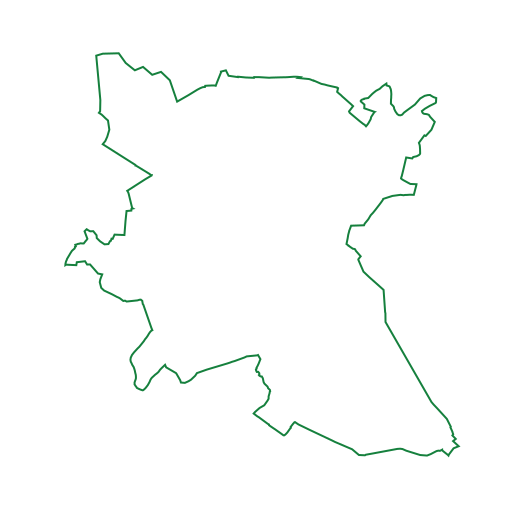 the district of Saldus, Saldus, Latvia, rotated 176°
{"feature_id": "27541924B14554073945522", "entity_name": "Saldus", "entity_type": "district", "adm_level": 2, "iso_a3": "LVA", "parent_name": "Latvia", "parent_adm1": "Saldus", "projection": "orthographic", "projection_center": [22.489, 56.666], "detail": "fine", "context": "isolated", "style": "outline", "palette": "green", "viewbox_px": 512, "rotation_deg": 176, "n_neighbors": 0, "source": "geoboundaries", "source_scale": "gbopen_adm2", "svg_char_len": 5984}
<svg xmlns="http://www.w3.org/2000/svg" viewBox="0 0 512 512"><g transform="rotate(176 256 256)"><path d="M384.1,132.8L382.5,131.8L380.6,130.8L378.9,130.1L378.3,129.9L377.8,130.1L376.8,130.8L375.5,131.9L374.3,133.2L372.9,134.8L370.9,137.9L369.9,139.9L369.2,140.9L368.4,141.8L366.9,143.0L364.8,144.7L363.5,145.5L361.5,147.0L360.4,148.3L359.7,149.2L357.9,150.8L354.3,153.8L353.4,151.2L344.0,144.8L343.6,144.2L340.3,137.4L339.7,135.0L335.8,134.4L332.0,135.8L329.5,137.1L325.0,140.8L323.1,143.3L313.0,146.1L292.1,150.8L289.3,151.5L287.4,152.1L284.6,152.7L274.5,155.6L272.3,156.5L261.6,156.8L260.9,157.1L258.8,152.8L260.9,148.4L262.3,145.9L263.3,144.4L263.2,143.6L264.0,142.9L263.9,141.8L263.3,140.3L261.9,140.3L260.9,138.8L260.9,137.5L261.4,137.0L260.9,136.3L259.6,135.5L258.6,135.4L257.7,133.5L257.2,129.7L256.5,128.1L253.6,124.9L253.1,123.2L251.5,121.5L251.3,120.0L251.8,119.5L252.0,118.3L253.2,115.1L253.4,112.7L254.6,110.9L258.2,106.5L261.1,105.1L263.1,104.1L267.8,100.5L269.3,99.0L265.7,95.8L264.7,95.2L255.9,87.7L254.8,87.0L254.8,86.3L253.6,85.3L252.2,84.2L250.7,83.0L249.1,81.8L246.2,79.4L245.3,78.7L243.0,76.8L241.1,75.2L240.4,75.1L239.8,75.5L239.3,75.7L237.1,77.7L235.8,79.3L234.4,81.0L233.6,81.9L233.2,82.2L233.4,83.0L230.9,85.8L229.2,87.5L228.7,87.6L225.4,85.0L214.8,78.9L193.4,66.9L190.0,64.9L173.6,56.5L167.2,50.3L161.2,49.6L160.3,50.1L153.8,50.8L128.5,53.7L125.7,53.7L123.3,53.2L119.7,51.3L106.1,46.0L99.3,45.0L95.5,46.2L90.0,48.6L89.1,48.9L87.4,49.1L86.1,48.8L83.8,49.8L83.8,49.3L83.7,49.1L83.5,48.8L82.1,47.5L78.5,44.2L77.9,43.5L77.5,44.4L72.3,50.4L67.1,52.1L72.3,57.6L69.5,59.6L72.6,63.3L71.7,64.4L72.3,66.5L72.3,66.9L74.0,71.5L73.6,72.1L77.0,80.2L86.2,91.8L89.1,95.3L91.1,98.0L131.4,181.1L130.9,189.8L131.1,191.1L131.1,197.3L131.1,213.3L135.0,217.3L144.4,226.9L149.9,232.9L150.3,234.1L151.9,238.6L154.1,244.9L154.2,245.4L154.0,245.8L151.6,248.4L156.1,254.3L156.7,255.8L157.5,256.2L158.9,256.5L162.9,259.7L162.8,259.8L164.9,261.6L163.3,267.4L162.5,270.8L161.2,274.6L161.2,274.8L160.7,275.8L159.0,279.6L146.1,279.1L145.3,280.7L141.5,284.7L138.7,288.7L136.3,290.9L133.6,293.8L128.1,300.0L125.7,302.9L125.1,304.1L115.8,306.4L108.3,306.9L107.4,306.9L104.4,306.3L103.3,306.5L101.5,306.4L98.1,306.4L94.3,306.0L91.1,315.6L90.9,316.4L97.0,317.1L99.4,318.6L103.6,321.3L105.1,322.4L105.9,323.2L105.6,324.3L105.0,325.6L103.1,331.5L99.3,343.8L93.3,342.4L93.2,342.5L92.5,343.6L92.0,343.8L88.8,344.3L86.7,345.2L86.2,345.5L85.4,346.2L85.1,346.9L85.0,349.2L84.9,350.9L84.9,354.4L85.0,355.2L85.2,356.2L85.6,357.5L79.6,364.6L78.3,363.9L72.2,369.7L68.3,377.3L72.6,382.7L73.2,383.8L73.7,384.7L74.9,385.3L76.2,385.7L77.9,386.0L78.6,386.2L79.5,386.8L80.1,387.8L80.4,389.0L77.3,391.1L72.3,393.6L66.2,396.1L65.7,396.9L65.2,401.0L67.8,402.1L69.9,403.5L71.2,404.5L73.6,404.5L76.6,404.0L81.2,401.7L86.9,396.0L96.1,390.2L98.4,388.7L100.3,386.8L101.9,386.3L103.6,386.5L105.1,387.6L106.8,390.4L107.9,393.2L108.0,394.7L108.5,395.8L110.8,398.5L110.4,402.6L110.1,404.3L110.0,405.6L109.7,408.0L109.7,410.3L109.8,412.1L110.0,413.2L110.9,415.7L111.3,416.0L112.2,416.4L113.8,417.0L113.9,418.9L118.0,416.5L120.6,414.4L121.1,414.0L121.9,413.7L124.6,412.5L126.8,411.0L128.7,409.6L130.3,408.2L133.0,405.8L137.1,405.4L137.3,405.0L138.1,404.9L139.0,404.7L139.9,404.3L140.7,403.5L140.7,402.9L137.3,399.5L137.7,395.8L127.6,391.5L127.8,391.4L131.3,386.8L131.5,386.4L131.7,385.7L131.9,385.0L132.1,384.4L134.6,380.6L136.0,378.9L137.2,377.7L138.6,379.5L139.4,379.9L143.3,383.4L146.1,386.1L151.8,391.6L152.6,392.4L153.1,393.8L148.7,398.7L151.0,401.2L153.0,403.2L157.1,407.4L158.7,409.0L160.0,410.5L162.3,412.7L163.6,414.1L162.4,417.7L162.6,417.9L163.4,418.1L163.6,418.3L163.6,418.5L169.4,420.2L173.0,421.3L175.4,422.2L178.7,423.1L181.0,424.3L186.2,427.0L186.3,426.8L189.4,428.3L190.1,428.6L191.2,428.9L191.8,429.0L194.8,429.5L201.3,430.6L199.6,431.4L202.3,431.9L205.7,432.2L212.9,432.2L218.8,432.5L228.4,432.9L230.4,432.9L240.4,434.2L245.4,434.6L245.6,433.9L253.7,434.8L261.4,436.1L261.5,435.7L270.8,437.7L273.1,443.3L278.1,442.4L278.0,441.8L282.8,431.9L284.3,428.6L285.6,429.0L288.3,429.2L292.5,429.3L294.8,429.3L295.1,428.2L297.5,428.1L299.9,427.3L302.9,426.0L312.1,421.2L323.9,415.5L329.7,437.3L337.9,446.3L346.9,444.0L355.5,452.5L363.9,449.7L372.5,457.6L378.8,467.8L394.7,468.5L401.4,467.0L400.4,422.4L401.4,411.3L402.7,409.8L400.1,407.8L398.7,406.3L396.5,403.8L394.2,401.5L393.5,392.2L396.1,385.3L398.3,381.2L401.1,378.2L369.9,355.2L369.9,354.7L369.7,354.7L367.4,353.1L356.5,345.3L355.0,344.0L354.7,343.9L354.4,343.9L354.5,343.6L361.1,340.3L379.9,330.0L379.3,329.0L378.9,327.9L378.6,326.6L377.4,319.5L376.2,312.5L375.5,312.0L376.9,311.8L377.2,310.0L382.0,309.9L383.7,300.2L385.8,286.1L393.1,286.9L395.6,287.2L397.8,283.1L398.9,283.4L399.7,281.3L400.6,281.0L402.4,278.2L406.3,278.2L410.5,281.5L413.6,285.0L413.6,287.8L416.6,292.1L419.7,292.2L421.3,293.2L423.1,294.5L425.3,292.6L423.0,284.9L423.9,283.8L424.9,282.8L427.0,280.5L428.4,280.6L429.5,280.8L430.4,280.9L431.4,280.6L432.8,280.5L434.5,279.9L435.1,279.9L435.5,279.8L435.1,278.1L436.0,277.7L436.1,276.8L436.5,276.1L438.5,274.6L439.4,273.8L441.1,271.5L441.9,270.3L444.7,266.3L445.2,265.0L445.8,264.0L446.2,262.9L446.6,261.6L446.8,260.2L446.1,260.6L435.9,259.4L435.2,262.3L426.9,262.7L425.1,259.3L422.1,259.1L414.8,249.5L410.7,248.4L412.9,243.7L413.7,240.8L412.6,235.0L409.9,232.1L402.2,227.8L397.6,224.9L396.0,224.1L394.5,223.1L391.5,220.4L389.8,220.6L388.2,219.6L377.3,220.0L375.2,220.5L374.0,220.5L372.6,219.2L372.3,216.0L371.8,215.3L371.6,214.6L365.5,192.0L364.6,189.2L365.5,188.9L367.0,187.5L368.2,186.0L369.8,183.7L371.2,182.0L372.4,180.8L373.8,178.9L376.1,176.4L378.7,173.6L380.5,172.1L382.3,170.4L384.4,168.4L386.7,165.8L387.3,164.6L388.0,163.4L388.5,161.2L388.3,159.3L387.6,157.7L387.0,156.0L385.8,153.8L385.3,152.0L384.9,150.2L384.6,147.9L384.2,145.7L384.2,144.0L384.3,142.5L384.7,141.2L385.5,139.5L386.0,138.1L386.0,137.3L386.1,136.4L385.7,135.7L385.3,134.9L384.6,133.9L384.4,133.5L384.1,132.8Z" fill="none" stroke="#15803d" stroke-width="2"/></g></svg>